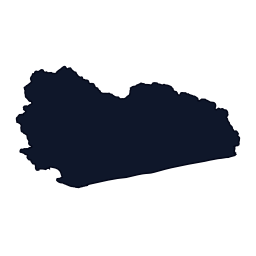 outline of Thai Mueang, Phangnga, Thailand, rotated 271°
{"feature_id": "78962969B58912985430788", "entity_name": "Thai Mueang", "entity_type": "district", "adm_level": 2, "iso_a3": "THA", "parent_name": "Thailand", "parent_adm1": "Phangnga", "projection": "natural_earth1", "projection_center": [98.313, 8.477], "detail": "fine", "context": "isolated", "style": "filled", "palette": "ink", "viewbox_px": 256, "rotation_deg": 271, "n_neighbors": 0, "source": "geoboundaries", "source_scale": "gbopen_adm2", "svg_char_len": 5759}
<svg xmlns="http://www.w3.org/2000/svg" viewBox="0 0 256 256"><g transform="rotate(271 128 128)"><path d="M134.3,16.5L131.8,17.0L131.8,17.7L130.6,20.0L130.1,20.5L128.9,21.3L128.4,21.4L126.4,21.0L123.0,21.5L122.6,21.8L122.2,22.8L121.7,23.5L120.9,24.1L120.6,24.9L120.4,25.6L120.0,25.9L119.3,27.1L118.6,27.3L115.8,27.7L113.7,29.1L113.2,29.3L111.2,29.1L110.4,29.2L109.2,30.2L108.4,31.8L108.0,32.1L107.6,32.1L107.1,31.9L106.7,31.1L106.5,29.8L106.2,29.3L105.4,28.6L105.3,28.1L105.5,27.6L105.3,25.5L105.4,24.8L105.3,24.4L104.7,23.6L104.8,21.6L104.5,21.2L103.8,20.8L102.8,20.6L102.2,20.7L102.0,20.9L101.9,22.0L100.8,24.9L100.0,25.5L99.5,27.5L99.3,28.0L98.5,28.1L97.0,27.7L96.5,27.9L95.6,28.5L94.5,29.7L94.6,30.8L94.3,31.3L93.4,31.8L92.7,31.9L92.0,32.6L90.8,33.3L90.5,34.2L90.7,35.1L90.4,35.5L90.1,35.7L89.3,36.1L88.6,36.2L88.2,36.4L86.5,36.3L85.5,36.6L84.6,37.2L84.4,37.5L84.3,38.0L84.5,39.5L85.4,39.6L85.7,40.9L85.7,43.6L85.5,45.1L85.2,46.3L85.4,46.8L86.0,47.1L86.2,47.6L86.5,49.9L86.3,50.1L87.4,50.1L87.6,50.3L87.8,50.9L87.7,52.0L86.9,56.2L85.7,58.9L83.9,60.8L82.5,61.6L77.7,63.2L76.0,60.0L76.2,59.8L76.2,59.4L76.0,58.1L75.7,57.9L74.6,57.7L73.8,58.4L72.9,59.7L72.3,61.2L72.0,64.1L71.5,64.8L70.9,66.4L70.9,67.0L70.4,67.5L70.5,68.0L70.5,68.3L70.2,68.5L70.3,68.8L69.8,69.2L68.9,71.6L68.9,72.2L68.6,73.0L68.7,73.9L68.6,74.0L68.4,74.8L68.5,75.3L68.2,76.4L68.0,76.7L67.8,79.0L68.0,79.2L67.7,79.6L67.8,80.1L68.0,80.4L68.1,80.9L68.3,81.2L68.5,82.2L68.9,82.5L68.6,82.6L68.6,83.0L69.1,84.1L69.3,85.5L69.9,87.1L69.8,87.3L70.1,87.5L69.9,87.7L70.0,88.3L70.3,88.2L70.6,88.4L70.6,88.7L70.9,88.9L71.4,90.8L75.7,108.9L77.6,118.6L78.7,127.1L81.6,138.6L82.6,143.4L83.0,146.3L83.4,150.5L83.6,151.8L84.4,155.0L87.6,165.9L89.2,172.0L93.0,188.9L96.3,205.6L97.4,210.1L99.1,218.4L99.6,222.3L100.4,226.8L100.5,228.9L101.2,230.7L102.5,235.3L102.7,235.5L103.1,235.5L103.6,236.3L103.9,236.1L104.5,235.4L104.6,234.9L104.7,235.0L104.7,235.5L104.9,235.7L105.0,235.5L104.9,235.2L105.2,234.8L105.4,235.2L106.4,234.7L106.9,234.7L107.6,234.5L107.8,234.8L108.5,235.0L109.2,234.8L109.5,235.1L110.0,235.1L110.6,234.7L110.9,234.8L111.1,234.9L111.1,234.6L111.4,234.4L111.5,234.6L111.6,235.3L112.2,235.8L112.1,236.1L112.3,236.6L112.4,238.0L112.7,238.2L113.2,239.0L113.7,239.1L114.8,239.2L115.1,238.7L115.3,238.6L115.7,238.9L116.3,238.8L116.8,239.3L119.9,239.6L120.6,239.3L121.6,238.1L122.1,237.7L123.2,237.8L124.1,238.3L126.0,237.1L126.7,236.4L126.8,235.7L126.5,234.4L127.1,233.6L128.1,233.1L128.7,232.6L129.5,232.2L130.7,232.1L131.1,231.5L131.7,231.2L132.4,230.3L133.0,229.8L134.1,229.2L135.0,229.1L136.3,228.0L137.6,227.4L139.0,227.1L140.5,226.0L140.8,226.1L141.8,227.0L143.0,227.6L143.8,227.3L145.5,227.2L146.7,226.6L147.6,225.7L147.8,223.5L148.7,222.6L148.9,221.9L148.5,220.5L148.4,219.9L149.1,218.6L149.2,218.1L148.4,217.1L147.7,215.9L148.5,214.9L149.2,214.4L150.4,214.9L151.7,215.2L152.9,215.0L153.7,214.7L154.1,214.3L154.7,213.6L154.9,213.1L155.2,209.8L156.8,206.8L157.1,205.7L157.8,204.9L158.0,204.5L158.0,201.1L156.4,199.1L156.4,197.8L156.7,197.5L158.1,197.3L159.0,196.9L160.5,194.6L160.9,193.8L160.9,192.6L161.5,191.6L162.0,189.7L162.5,188.3L163.1,187.7L162.9,185.9L163.1,185.7L163.8,185.4L164.1,184.7L164.0,183.2L164.2,181.8L164.1,180.6L163.6,180.1L161.9,179.4L161.7,178.8L161.8,178.1L162.1,177.4L162.4,177.0L164.2,176.3L165.1,175.5L165.2,175.2L165.2,174.2L166.1,172.6L167.9,172.2L168.7,171.3L169.8,170.5L170.2,169.8L171.1,167.6L171.4,166.4L171.5,164.7L172.1,163.3L172.0,162.9L171.5,162.1L171.5,161.0L172.2,159.1L172.4,157.4L172.7,156.8L173.3,156.4L173.4,156.0L173.6,153.8L173.4,152.3L172.6,151.8L171.0,150.4L171.4,149.6L171.6,148.0L171.7,145.9L171.5,144.7L172.2,143.6L172.4,143.0L172.6,141.4L173.0,140.2L172.2,139.5L172.2,138.7L171.5,137.8L171.1,136.3L169.8,134.8L169.6,133.0L169.3,131.9L167.9,129.8L167.5,130.0L167.2,130.1L166.6,130.0L165.5,129.6L163.2,129.5L161.5,129.1L160.7,128.6L159.5,126.8L158.1,125.5L157.5,124.7L157.0,123.2L157.1,121.6L156.8,120.0L157.8,118.5L158.6,117.9L158.7,115.4L158.8,114.9L159.5,113.5L160.0,112.9L160.4,112.0L161.3,111.3L161.4,109.9L162.3,108.6L162.1,107.3L162.1,102.1L162.2,101.6L162.6,101.0L162.7,100.1L163.2,99.7L164.2,99.5L164.6,99.1L165.3,97.9L167.3,96.8L167.7,95.2L168.3,94.5L168.6,93.8L169.1,94.0L170.1,93.7L170.8,93.1L171.3,92.9L171.6,92.4L171.5,91.9L171.8,91.3L171.6,89.5L171.9,88.6L172.3,88.1L174.2,87.5L174.8,86.9L175.1,85.8L174.9,84.7L175.5,83.8L175.8,82.1L176.2,81.7L177.6,81.4L178.0,81.1L178.1,80.5L177.8,79.4L177.8,79.0L178.8,77.5L179.5,76.7L180.2,76.3L180.8,75.7L182.7,74.8L183.0,73.4L183.2,73.0L184.9,70.9L186.9,69.4L186.7,67.8L185.9,66.4L185.8,65.9L186.0,65.7L186.6,65.3L186.9,64.9L187.4,64.7L188.1,64.2L188.3,63.8L188.3,63.2L188.0,62.5L186.8,60.9L185.8,59.9L184.1,57.5L182.7,55.9L181.9,55.8L181.7,55.7L181.0,53.9L181.2,52.8L181.1,51.5L181.8,50.8L182.0,50.1L181.8,49.0L181.7,46.8L181.8,46.2L182.5,45.7L182.2,44.5L182.2,43.9L182.8,42.7L183.1,42.4L184.0,42.2L184.3,42.0L184.6,41.3L184.7,40.8L184.5,40.0L183.2,38.3L182.8,37.5L182.8,36.4L183.1,35.4L183.0,34.8L182.2,33.9L181.1,33.7L180.8,33.5L180.5,32.8L180.4,31.8L178.6,31.3L177.4,30.4L176.1,29.8L175.1,29.9L173.0,30.7L172.2,30.6L171.1,29.6L170.5,28.5L169.7,28.1L169.3,27.2L168.7,26.5L168.4,25.7L167.4,25.1L167.2,24.7L166.9,23.9L166.4,23.6L165.6,24.0L164.6,24.1L163.9,24.6L162.2,24.4L161.2,24.4L159.5,24.9L157.9,25.0L157.1,25.3L155.8,26.8L154.4,28.0L153.6,28.5L153.0,29.5L153.1,30.4L152.8,31.0L152.0,31.4L150.6,31.5L150.2,31.2L149.5,29.5L147.8,27.2L147.8,26.9L148.1,26.3L148.2,25.9L147.9,24.0L146.9,23.2L146.5,23.2L145.8,23.6L144.8,23.4L144.4,23.8L143.6,25.1L143.2,25.4L142.9,25.5L142.4,25.5L141.2,24.4L140.6,23.3L139.5,23.1L139.7,21.7L139.3,20.7L139.5,19.9L139.3,19.2L138.0,18.1L137.3,17.9L136.6,16.9L136.1,16.5L135.5,16.4L134.3,16.5Z" fill="#0f172a" stroke="#020617" stroke-width="1.5"/></g></svg>